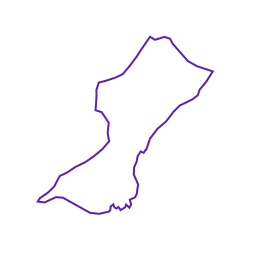 Jangyon, Hwanghae-namdo, North Korea, rotated 288°
{"feature_id": "82179303B35312856855320", "entity_name": "Jangyon", "entity_type": "district", "adm_level": 2, "iso_a3": "PRK", "parent_name": "North Korea", "parent_adm1": "Hwanghae-namdo", "projection": "natural_earth1", "projection_center": [125.0, 38.252], "detail": "fine", "context": "isolated", "style": "outline", "palette": "violet", "viewbox_px": 256, "rotation_deg": 288, "n_neighbors": 0, "source": "geoboundaries", "source_scale": "gbopen_adm2", "svg_char_len": 1023}
<svg xmlns="http://www.w3.org/2000/svg" viewBox="0 0 256 256"><g transform="rotate(288 128 128)"><path d="M30.1,64.9L31.5,71.7L40.0,80.9L41.6,87.7L35.6,118.0L37.5,127.2L42.7,135.8L44.4,136.4L44.8,136.5L47.8,135.7L50.8,137.6L48.4,139.6L47.8,141.7L49.9,143.4L47.6,146.3L51.8,149.9L54.6,149.8L52.6,154.0L56.4,154.6L60.3,151.9L64.2,156.1L67.8,156.7L77.6,155.0L85.5,147.9L92.3,146.0L98.7,146.6L104.2,145.9L109.6,147.3L109.2,150.6L113.0,151.6L113.1,152.1L124.7,152.2L136.3,156.2L146.0,162.2L157.6,166.3L165.4,170.3L175.0,180.3L180.8,184.3L186.6,184.3L196.2,188.1L208.0,191.1L208.1,180.4L208.1,174.4L210.1,164.4L216.0,154.4L222.0,144.4L225.9,140.4L225.9,134.4L222.0,129.0L220.2,126.4L221.6,120.8L206.6,116.3L198.9,114.3L187.2,110.3L177.6,106.3L171.8,100.2L166.0,92.2L162.2,86.2L154.4,86.2L148.6,88.2L140.8,90.2L134.9,91.6L134.9,98.1L127.0,108.1L117.3,110.1L109.5,114.1L99.8,110.1L90.2,104.0L82.4,98.0L74.7,90.0L67.0,84.0L61.2,77.9L49.6,75.9L41.9,71.9L34.1,65.9L30.1,64.9Z" fill="none" stroke="#5b21b6" stroke-width="2"/></g></svg>